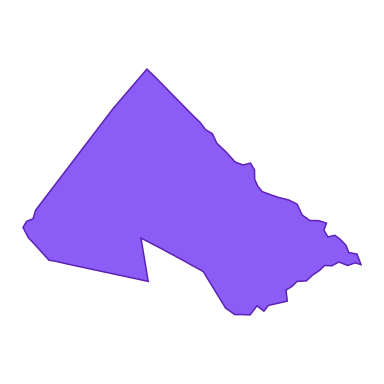 Ferreiros, Pernambuco, Brazil
{"feature_id": "56859067B84607671265698", "entity_name": "Ferreiros", "entity_type": "district", "adm_level": 2, "iso_a3": "BRA", "parent_name": "Brazil", "parent_adm1": "Pernambuco", "projection": "natural_earth1", "projection_center": [-35.217, -7.472], "detail": "fine", "context": "isolated", "style": "filled", "palette": "violet", "viewbox_px": 384, "rotation_deg": 0, "n_neighbors": 0, "source": "geoboundaries", "source_scale": "gbopen_adm2", "svg_char_len": 948}
<svg xmlns="http://www.w3.org/2000/svg" viewBox="0 0 384 384"><path d="M361.0,264.6L357.0,254.1L348.8,252.5L345.9,245.2L340.0,239.1L334.8,235.3L327.9,236.9L323.9,230.1L326.5,223.1L318.7,220.6L309.9,220.5L302.2,215.1L297.1,204.2L288.8,200.0L278.1,197.3L269.1,194.2L262.2,191.6L257.8,186.2L254.7,179.5L254.5,169.9L250.5,163.1L243.0,165.0L235.0,161.9L225.8,151.7L216.8,143.2L212.4,133.7L205.5,129.6L200.0,122.3L192.9,115.5L155.7,77.6L146.9,69.1L113.2,108.4L35.6,210.2L33.1,218.7L26.6,221.3L23.0,227.4L28.3,237.7L34.8,244.5L43.3,254.0L49.0,260.2L55.2,261.2L68.6,264.3L148.2,281.4L141.0,238.1L158.4,247.1L184.6,261.2L191.9,265.4L203.2,271.5L225.6,308.1L234.8,314.6L241.7,314.6L250.1,314.9L257.0,305.8L263.9,311.2L268.5,305.4L278.3,303.2L287.3,301.1L286.0,290.1L292.1,286.3L297.1,281.4L306.3,280.9L312.8,274.9L319.6,270.4L324.6,265.5L331.8,265.8L339.0,262.0L347.6,265.5L355.1,262.9L361.0,264.6Z" fill="#8b5cf6" stroke="#5b21b6" stroke-width="1.5"/></svg>